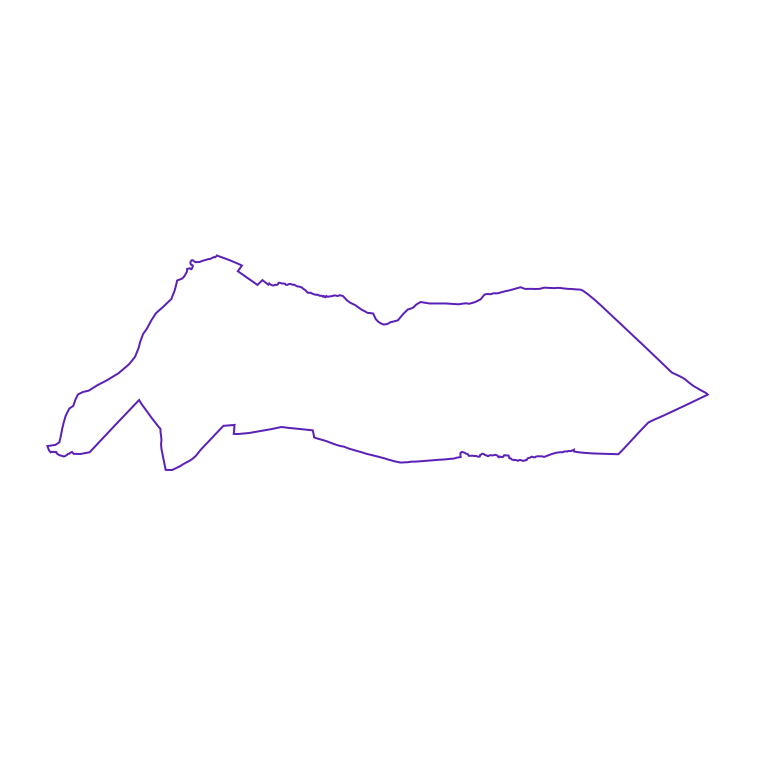 outline of Patrauti, Suceava, Romania, rotated 100°
{"feature_id": "2599482B36922885866950", "entity_name": "Patrauti", "entity_type": "district", "adm_level": 2, "iso_a3": "ROU", "parent_name": "Romania", "parent_adm1": "Suceava", "projection": "mercator", "projection_center": [26.182, 47.734], "detail": "fine", "context": "isolated", "style": "outline", "palette": "violet", "viewbox_px": 768, "rotation_deg": 100, "n_neighbors": 0, "source": "geoboundaries", "source_scale": "gbopen_adm2", "svg_char_len": 6108}
<svg xmlns="http://www.w3.org/2000/svg" viewBox="0 0 768 768"><g transform="rotate(100 384 384)"><path d="M503.6,704.7L507.5,702.4L508.4,701.3L508.8,700.7L509.1,700.5L508.6,699.7L507.9,694.8L509.1,694.4L510.1,692.4L510.7,690.0L510.6,688.8L511.0,687.3L510.6,685.8L508.8,683.9L507.7,683.1L507.3,681.9L505.7,680.4L505.1,679.5L506.7,677.4L505.5,670.4L502.3,662.0L472.2,642.3L442.3,622.4L446.0,619.1L457.1,607.6L465.7,598.1L466.5,596.9L467.2,596.3L470.2,595.7L473.3,594.7L477.9,593.4L482.1,593.1L486.6,591.9L506.5,584.1L505.5,577.7L500.1,570.2L497.7,567.7L493.3,562.1L490.8,559.5L488.5,557.6L486.8,556.4L480.6,553.1L453.1,534.9L450.3,524.2L450.7,524.3L451.7,524.1L452.9,523.7L453.5,523.8L454.2,523.8L455.0,523.5L455.6,523.6L456.2,523.4L459.1,523.4L459.1,522.3L458.7,519.4L455.7,508.4L448.1,487.4L444.3,477.9L444.1,476.6L443.7,469.1L443.4,465.7L442.0,446.1L447.2,444.0L448.7,443.6L449.1,441.6L450.2,431.2L450.7,428.6L451.9,422.4L452.4,418.7L452.7,414.7L452.6,412.9L453.7,407.4L454.5,400.3L455.0,394.9L455.8,389.0L456.6,376.9L457.3,369.2L457.6,367.4L458.3,360.3L458.5,354.2L458.0,351.8L457.3,349.1L456.9,346.9L455.8,343.9L455.6,342.6L455.0,339.7L453.8,334.8L449.2,317.2L447.8,311.4L447.0,308.5L446.2,305.8L445.5,302.8L445.0,301.6L444.0,299.7L443.4,298.1L442.6,295.8L439.9,296.6L439.2,296.7L438.8,296.7L438.5,296.5L438.2,296.2L437.7,295.8L437.4,295.6L437.4,295.3L437.6,293.2L437.7,292.6L438.1,291.9L438.4,290.7L438.5,289.5L438.6,289.2L439.2,288.7L439.8,288.3L440.0,288.0L440.0,287.6L439.7,286.7L439.6,285.7L439.3,284.9L439.2,284.4L439.3,283.8L439.3,283.0L439.2,282.2L439.0,281.8L438.9,281.3L438.9,280.7L439.2,279.3L439.2,278.7L439.1,277.8L438.8,277.1L438.4,277.0L437.4,277.1L437.2,277.0L436.9,276.4L436.1,275.7L435.8,275.2L435.5,274.6L435.7,273.3L436.4,272.3L436.5,271.8L436.4,270.8L436.5,270.4L436.8,270.0L437.0,269.4L437.0,268.9L436.7,268.5L436.2,268.0L435.8,267.4L435.7,266.9L435.4,264.3L435.2,263.9L434.4,262.1L434.4,261.7L434.7,261.1L434.7,260.0L434.8,259.7L435.9,258.9L436.1,258.6L436.2,258.2L436.1,257.9L435.5,257.5L435.3,257.3L435.3,257.1L435.5,256.2L435.4,255.2L435.1,254.1L434.6,253.7L433.6,253.6L433.4,253.4L433.1,252.6L433.2,251.6L432.9,250.3L432.9,249.6L432.9,248.9L433.3,248.8L434.0,248.2L434.8,247.9L435.3,247.6L435.4,247.1L435.2,246.3L435.3,246.1L436.1,245.2L436.3,244.6L436.2,243.9L436.3,242.2L436.1,241.9L436.0,241.0L436.2,239.2L436.4,238.7L436.2,238.3L435.4,237.6L435.2,237.1L435.3,235.1L435.5,234.3L435.6,233.4L434.2,231.0L434.2,230.4L433.8,230.2L432.4,229.7L431.9,229.0L431.3,227.5L430.1,226.2L429.9,225.7L429.9,225.0L430.1,224.0L430.2,223.0L430.0,222.6L429.5,222.2L429.0,221.5L428.4,219.7L428.2,218.7L428.2,217.7L427.9,216.9L427.8,215.2L428.0,214.4L428.0,213.7L426.8,211.6L424.6,208.0L422.5,204.0L421.8,202.2L421.3,201.2L421.0,199.8L420.6,198.7L420.3,196.8L420.1,195.9L419.5,195.3L419.0,194.1L418.7,193.0L418.7,192.4L418.6,191.6L418.1,191.2L417.9,190.7L417.9,189.8L417.6,188.3L415.8,185.6L417.0,185.6L417.4,185.1L417.5,184.6L417.4,180.0L417.0,174.5L416.0,165.4L412.6,141.9L412.5,141.0L406.2,136.7L385.7,123.5L379.6,119.4L375.8,116.8L372.0,111.4L367.2,104.2L350.6,80.5L338.2,63.3L337.0,65.2L336.0,68.1L335.1,71.0L332.3,78.7L329.9,83.5L327.3,87.9L326.5,89.7L325.3,93.1L322.7,102.6L302.5,132.8L269.0,183.9L264.0,192.0L260.1,199.0L257.8,203.8L257.2,205.4L257.0,206.4L257.1,208.3L257.6,212.4L257.9,216.2L258.3,218.6L258.7,223.6L258.8,227.1L259.2,229.9L259.7,231.7L260.1,233.6L261.3,242.8L262.0,244.7L263.2,246.8L264.1,251.2L264.7,255.3L265.8,261.2L265.6,263.4L265.1,265.4L265.0,266.3L270.0,276.7L271.4,280.3L275.0,288.0L275.8,292.4L277.0,294.2L277.5,298.2L278.3,300.2L279.5,301.2L283.7,303.4L287.6,308.6L290.1,313.8L290.4,317.9L292.6,324.6L294.0,337.4L296.8,353.1L296.9,362.2L300.2,366.1L303.2,368.1L304.6,369.8L306.5,373.5L311.5,377.1L315.3,379.3L318.8,381.3L321.1,386.1L322.1,388.6L323.3,389.8L324.5,391.4L325.5,394.6L324.8,397.9L323.6,400.6L321.6,403.3L316.5,406.9L316.5,409.2L316.8,412.8L315.9,414.9L314.6,419.2L311.3,426.1L309.8,431.5L307.8,435.4L304.5,439.7L304.4,440.5L304.3,442.2L304.3,443.1L305.3,444.7L305.4,445.1L305.3,447.7L305.3,448.0L305.8,449.2L306.5,450.5L306.6,451.2L307.2,452.5L307.4,453.5L307.8,454.4L307.8,454.7L307.4,455.8L307.4,456.1L308.3,456.3L308.7,456.7L308.8,456.9L308.7,457.3L307.8,458.5L307.8,458.8L308.0,458.9L308.5,459.1L308.6,459.4L308.6,459.7L308.1,460.2L307.9,460.8L307.9,461.3L308.2,461.8L308.2,463.1L307.8,463.8L307.8,464.1L307.9,464.4L307.6,465.0L307.6,465.3L307.6,465.5L307.9,466.1L308.0,467.1L307.3,471.0L307.0,471.6L306.9,472.0L307.0,472.5L307.1,472.8L307.2,474.2L307.1,474.6L307.3,475.0L306.8,475.7L306.6,476.2L305.9,476.9L305.4,477.7L305.1,477.9L305.0,478.1L304.5,479.6L304.3,480.1L304.1,480.4L303.6,480.9L303.3,481.4L303.1,482.4L302.8,484.8L302.9,485.4L302.9,486.3L302.6,487.3L302.5,487.6L302.3,488.5L302.0,489.0L301.8,489.7L301.9,490.2L302.1,491.5L301.9,492.8L301.8,493.2L301.7,493.8L302.0,494.7L302.6,495.6L303.2,496.7L303.3,497.0L303.3,497.4L303.4,497.8L302.6,498.8L302.4,499.0L302.7,501.9L302.7,502.4L302.5,503.9L302.5,504.6L302.5,505.2L302.9,505.5L304.3,505.9L304.5,506.1L304.7,506.3L304.9,506.7L305.1,507.2L305.2,508.4L306.0,509.5L306.2,510.3L306.2,511.1L306.2,511.6L306.1,512.0L305.6,513.1L305.3,514.2L305.0,514.5L306.3,515.1L302.8,521.8L308.4,525.8L298.3,547.5L292.0,544.5L290.9,548.6L289.2,556.1L288.1,561.6L286.5,571.0L287.3,571.3L288.1,572.0L288.6,572.5L288.5,573.4L288.6,573.7L289.6,574.9L291.0,577.0L292.0,579.7L294.5,584.7L295.1,585.5L295.9,586.9L296.1,587.5L296.2,588.8L296.8,590.6L296.4,591.7L296.1,592.4L295.3,593.8L295.7,595.1L297.0,595.7L298.2,595.7L299.6,595.1L300.2,594.2L300.3,593.1L300.8,592.8L301.6,592.8L303.0,593.0L304.0,593.4L304.5,594.0L303.8,595.3L304.8,597.8L307.8,597.6L312.5,599.3L314.5,600.5L315.7,601.8L318.0,605.7L322.8,605.9L328.9,606.5L335.0,607.8L337.1,608.1L346.1,614.7L353.9,620.9L361.8,624.2L370.9,627.2L376.5,629.9L384.6,631.4L391.0,631.9L400.5,633.9L408.8,638.5L419.6,647.4L428.6,657.7L435.1,666.2L441.8,673.6L444.1,679.0L447.3,683.5L452.7,685.1L459.5,686.2L462.9,689.7L470.7,692.0L477.1,692.7L483.4,693.1L493.0,693.3L497.8,693.6L501.0,697.0L503.6,704.7Z" fill="none" stroke="#5b21b6" stroke-width="2"/></g></svg>